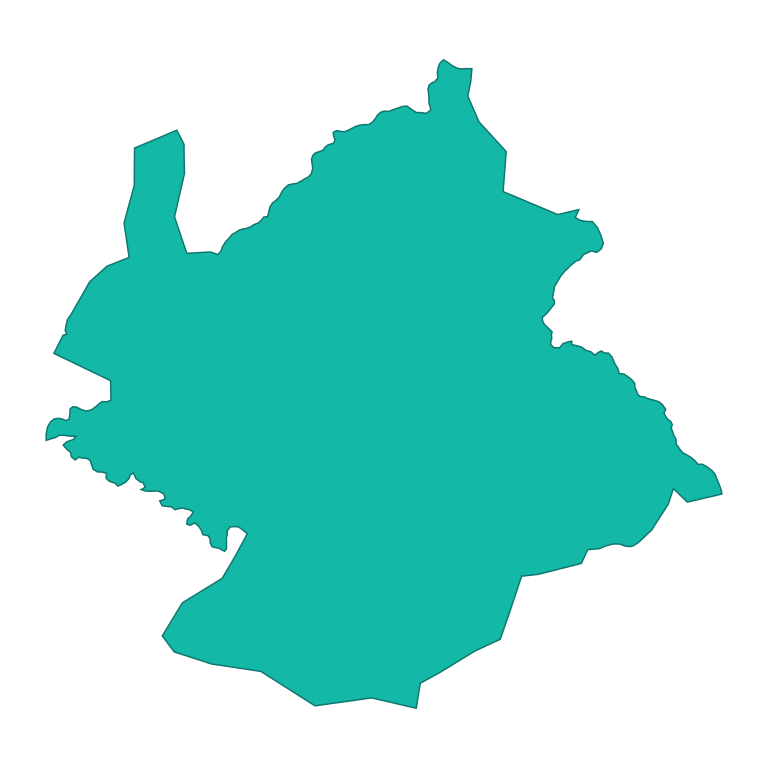 the district of Castelo do Piauí, Piauí, Brazil
{"feature_id": "56859067B95286770264401", "entity_name": "Castelo do Piauí", "entity_type": "district", "adm_level": 2, "iso_a3": "BRA", "parent_name": "Brazil", "parent_adm1": "Piauí", "projection": "albers", "projection_center": [-41.58, -5.307], "detail": "fine", "context": "isolated", "style": "filled", "palette": "teal", "viewbox_px": 768, "rotation_deg": 0, "n_neighbors": 0, "source": "geoboundaries", "source_scale": "gbopen_adm2", "svg_char_len": 4347}
<svg xmlns="http://www.w3.org/2000/svg" viewBox="0 0 768 768"><path d="M443.4,59.8L439.9,63.2L438.2,67.6L437.4,72.2L437.8,78.1L434.7,81.7L431.4,83.1L429.0,85.3L428.0,89.2L428.6,93.9L429.0,98.5L429.0,103.3L430.1,106.5L430.7,110.1L426.2,113.4L421.2,112.6L416.2,112.5L411.0,109.0L406.8,106.0L402.3,106.5L397.8,108.1L392.7,109.8L388.8,111.4L384.1,111.2L381.0,112.1L377.8,114.7L375.4,118.5L372.4,122.2L368.7,124.6L364.2,124.6L359.7,125.2L355.8,126.4L352.8,127.9L348.7,130.0L344.1,131.9L340.6,131.3L336.6,130.6L333.1,132.4L333.7,136.1L335.0,140.1L333.5,143.3L328.3,144.8L324.9,147.3L323.1,150.2L319.5,151.6L315.5,152.8L312.7,155.6L311.5,159.4L312.2,164.3L312.7,168.6L311.2,174.0L308.4,176.9L304.6,178.9L301.1,181.1L296.9,183.4L293.0,183.9L288.3,184.9L284.5,188.3L282.1,191.4L279.3,197.0L276.0,200.3L272.5,203.0L269.9,207.2L268.9,211.4L267.7,216.5L263.7,217.1L261.2,220.5L257.8,223.2L253.7,224.7L250.6,226.9L246.9,228.3L243.3,229.0L239.3,230.0L236.3,232.1L232.4,234.2L228.6,238.6L225.4,242.1L222.6,246.6L221.1,251.0L217.8,254.6L213.3,252.9L210.0,252.0L186.8,253.3L185.7,250.2L174.5,216.8L184.5,173.4L184.1,156.3L184.0,144.3L176.8,130.2L171.2,132.5L160.8,137.0L134.5,148.1L134.3,185.2L124.1,222.9L124.9,228.9L129.1,257.4L107.0,266.2L89.6,281.9L87.9,284.9L71.1,314.4L67.5,319.5L66.1,325.0L65.2,330.4L66.8,334.2L63.1,335.2L53.9,353.4L103.8,377.4L110.6,380.7L111.0,400.2L106.6,401.9L102.1,401.6L99.5,403.4L96.8,405.9L91.6,409.8L86.2,411.0L81.2,409.5L76.4,407.0L72.7,406.8L70.1,408.9L69.9,414.3L69.1,419.0L65.9,420.7L62.7,419.2L59.0,418.3L54.0,419.0L50.5,421.9L48.3,425.5L47.1,428.7L46.6,432.0L46.1,435.6L46.2,440.4L51.3,438.7L55.1,437.7L59.6,435.2L64.6,435.4L70.8,436.2L76.0,436.4L73.1,439.6L66.8,441.8L63.2,445.1L67.1,449.6L70.3,452.0L71.5,456.9L75.2,459.9L78.7,457.2L82.7,458.1L87.0,458.5L90.2,460.4L91.6,464.8L93.1,469.2L97.5,471.9L102.0,472.1L106.6,473.4L106.0,478.1L108.8,480.9L111.8,482.1L115.2,483.3L118.0,486.1L121.4,484.5L125.7,482.1L129.2,478.3L130.2,474.8L133.5,473.1L136.0,478.6L140.0,481.8L143.2,482.8L145.2,487.3L141.1,489.6L145.5,491.0L149.8,491.3L153.8,491.1L157.9,491.0L161.4,492.5L164.2,494.5L165.1,499.1L159.7,500.9L162.1,505.7L166.3,506.4L171.6,506.8L174.9,509.7L178.5,508.7L182.5,508.0L186.1,509.1L189.3,509.6L193.3,512.0L190.5,516.4L187.7,518.8L186.7,524.0L190.0,525.3L194.8,523.0L198.9,526.5L201.4,530.5L202.8,534.6L208.3,535.8L210.1,539.1L210.2,542.9L212.1,546.8L218.8,548.2L224.6,551.3L226.5,548.8L226.5,543.3L226.3,538.1L227.2,535.0L227.2,530.9L230.2,526.9L235.0,526.6L238.5,526.9L241.2,528.8L244.2,531.1L247.3,533.8L235.2,556.2L222.2,578.3L182.4,602.8L162.3,635.9L169.9,646.1L174.2,651.9L181.5,654.3L186.0,655.7L191.8,657.6L212.0,664.1L217.7,664.9L260.8,671.4L315.0,705.8L358.1,699.8L371.4,697.9L416.2,708.2L420.3,683.2L440.3,672.2L475.3,650.8L500.2,639.3L509.3,613.2L521.6,576.2L538.4,574.3L581.3,563.4L585.1,555.4L587.7,549.7L599.6,548.6L605.0,546.2L613.5,543.9L619.9,544.1L625.1,546.1L630.3,546.6L633.6,545.6L638.2,542.6L644.2,537.1L648.2,533.2L651.5,530.2L668.3,504.1L673.4,488.6L687.3,502.1L721.9,494.0L720.7,488.5L719.0,484.1L716.7,478.7L715.0,474.2L711.7,470.3L706.9,466.8L702.6,464.3L698.0,464.3L694.9,460.7L690.6,457.1L686.7,454.8L682.9,452.9L680.2,449.8L678.2,446.8L676.3,444.1L675.9,439.0L673.5,434.7L672.6,431.5L671.1,428.1L672.3,424.6L670.4,421.1L667.8,419.5L665.5,416.1L663.9,413.1L665.7,409.4L662.6,404.9L658.9,401.8L655.0,400.5L650.4,399.3L647.2,398.4L644.4,396.9L640.5,396.5L637.8,394.6L636.6,391.0L634.9,387.6L634.7,383.4L631.6,379.6L628.4,377.1L624.0,374.1L619.1,373.4L617.7,368.2L615.1,364.3L613.7,361.1L611.9,356.9L608.4,353.1L604.8,353.1L601.1,351.0L598.2,352.5L594.8,355.3L590.9,351.8L585.5,350.1L581.6,347.1L576.5,345.6L571.8,344.7L571.7,341.2L568.1,341.9L563.0,343.6L559.7,347.7L554.0,347.7L550.9,344.8L550.7,341.6L551.8,338.4L551.4,335.0L552.1,331.8L544.4,324.5L542.8,321.6L542.2,317.7L548.0,312.0L552.1,306.8L554.4,303.8L554.2,300.5L552.3,297.7L553.3,293.9L554.6,286.4L558.8,279.3L561.1,275.5L564.9,271.1L570.8,265.4L575.8,261.2L579.8,259.8L583.5,254.6L588.5,252.3L591.4,250.9L596.6,252.4L601.2,249.0L603.4,243.3L600.8,235.1L597.5,227.7L592.3,221.6L587.1,221.5L580.6,220.5L575.2,217.7L578.8,209.6L557.8,214.6L503.1,191.6L506.2,151.6L479.0,121.9L467.8,96.1L470.7,81.7L471.9,68.6L466.6,68.6L460.5,69.0L456.5,67.9L451.5,65.2L448.0,62.5L443.4,59.8Z" fill="#14b8a6" stroke="#0f766e" stroke-width="1.5"/></svg>